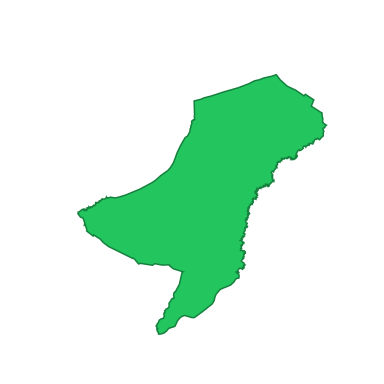 the district of San Martín, Corrientes, Argentina, rotated 26°
{"feature_id": "61730980B32526789553525", "entity_name": "San Martín", "entity_type": "district", "adm_level": 2, "iso_a3": "ARG", "parent_name": "Argentina", "parent_adm1": "Corrientes", "projection": "natural_earth1", "projection_center": [-56.886, -28.867], "detail": "fine", "context": "isolated", "style": "filled", "palette": "green", "viewbox_px": 384, "rotation_deg": 26, "n_neighbors": 0, "source": "geoboundaries", "source_scale": "gbopen_adm2", "svg_char_len": 6105}
<svg xmlns="http://www.w3.org/2000/svg" viewBox="0 0 384 384"><g transform="rotate(26 192 192)"><path d="M216.3,49.6L212.8,53.1L206.5,58.1L203.1,61.8L199.5,64.6L195.4,70.0L187.7,78.2L176.7,88.1L167.1,97.4L161.7,102.0L159.2,104.9L154.0,109.2L160.4,121.4L161.0,123.2L162.6,125.6L162.3,126.2L161.4,126.6L161.5,127.4L160.7,128.3L161.1,129.6L161.8,130.2L162.1,133.5L162.7,134.6L162.7,136.1L163.6,138.6L163.5,143.6L162.0,146.1L161.4,154.0L161.4,162.7L162.5,173.5L162.0,179.1L160.9,183.2L156.7,191.0L154.3,196.9L152.2,200.8L143.8,212.4L133.9,223.6L128.9,228.3L125.6,231.0L121.0,232.4L118.9,234.4L118.5,234.1L117.5,234.8L117.3,234.5L117.3,235.4L116.8,236.4L114.8,237.8L114.3,237.5L113.8,238.7L114.0,239.7L112.9,240.3L112.7,240.7L113.2,240.8L113.2,241.1L112.5,241.2L112.7,242.4L111.9,242.6L111.2,244.0L110.7,243.7L110.7,244.3L110.2,244.1L110.8,246.3L110.1,247.0L109.6,247.0L109.8,247.5L108.9,248.2L109.1,249.1L107.6,249.6L107.4,249.9L107.8,250.5L107.6,250.8L106.8,250.5L106.6,251.0L105.9,250.6L106.2,251.7L105.3,251.8L104.6,252.4L105.3,252.9L105.3,254.5L104.8,254.5L104.8,255.0L103.9,254.8L103.9,254.2L102.0,254.8L101.6,255.4L102.3,255.8L101.0,255.8L99.0,259.9L98.6,259.9L98.9,261.2L99.3,261.0L99.6,261.8L102.6,263.4L105.7,263.3L109.2,266.9L109.8,268.9L110.3,268.1L115.0,273.1L114.8,273.3L122.5,274.9L122.5,273.7L130.0,274.5L134.3,276.3L141.1,277.6L168.0,277.7L168.1,277.3L169.3,277.3L175.5,280.1L177.1,278.7L188.7,275.1L189.9,272.8L197.3,270.7L203.6,267.4L204.2,268.1L208.9,269.2L219.0,267.6L218.3,268.7L221.1,280.3L220.8,289.3L220.4,289.3L220.0,290.2L220.6,292.7L222.3,295.1L221.9,296.1L220.9,296.3L220.9,297.2L220.5,297.6L220.7,298.5L220.1,301.9L221.6,305.0L221.6,305.9L220.9,307.9L220.0,308.5L220.0,309.9L219.5,310.9L220.6,312.0L219.9,313.2L220.5,314.7L221.5,315.4L221.6,318.1L219.8,319.7L218.7,321.7L219.0,323.7L218.5,326.2L219.1,327.5L218.5,328.1L220.1,329.3L220.4,330.4L221.1,329.9L221.3,331.7L222.2,332.6L223.7,333.2L224.2,334.4L226.8,332.9L228.8,330.8L230.0,328.3L230.9,324.7L235.3,320.5L235.6,319.8L235.4,314.3L236.3,310.6L237.4,308.4L239.1,306.5L240.2,306.0L247.1,304.9L249.2,303.8L253.9,294.9L259.3,283.5L259.5,279.7L258.7,276.6L258.5,273.2L260.1,267.0L267.5,258.7L269.1,254.6L269.5,251.3L270.1,250.1L271.9,248.7L270.7,246.0L270.0,245.8L269.8,245.1L268.5,244.8L267.3,245.1L266.8,244.4L267.2,243.7L268.5,244.0L269.1,243.6L267.5,242.9L267.8,240.8L268.5,239.3L271.2,239.4L271.4,238.7L270.8,237.8L271.9,237.7L272.1,237.3L270.6,235.8L270.6,235.4L271.4,235.2L271.6,234.5L270.8,234.8L270.1,233.2L266.8,232.7L266.6,232.4L266.7,230.8L267.5,229.2L266.6,229.0L267.2,227.5L266.5,227.4L266.3,225.4L265.5,224.9L265.5,224.4L265.6,224.0L266.5,223.9L266.8,223.5L266.5,223.2L265.6,223.6L266.2,222.9L266.1,222.5L264.8,221.9L263.7,222.3L263.5,222.8L262.8,222.5L261.3,223.2L261.3,222.3L260.7,222.1L260.6,221.6L261.3,220.9L260.3,219.7L260.3,218.7L259.9,219.0L259.5,218.9L259.5,218.3L260.0,217.6L260.4,218.2L260.6,218.0L260.5,216.0L261.1,215.6L261.1,215.0L260.9,214.9L260.6,215.6L260.3,214.5L259.9,214.6L259.3,215.7L259.3,214.8L258.4,213.9L256.8,214.4L257.8,212.6L256.8,212.4L256.8,212.0L257.9,210.7L256.9,210.6L256.8,209.8L258.5,208.6L258.0,208.1L258.1,207.0L257.7,206.3L256.3,206.4L256.2,205.2L256.7,203.4L256.2,202.3L255.4,202.0L255.2,201.3L255.8,200.8L255.5,200.3L255.8,199.7L256.0,200.4L256.9,199.8L257.0,198.6L255.4,198.2L255.2,197.8L255.5,196.2L254.9,195.8L254.3,196.0L252.8,194.3L253.1,193.7L252.9,193.2L253.6,192.9L253.3,192.4L253.5,191.8L253.2,191.6L252.3,192.2L252.8,190.7L253.5,190.3L252.9,189.8L252.9,188.1L252.5,188.1L252.8,187.6L252.6,186.6L253.2,186.5L253.2,186.1L252.8,185.8L252.1,187.1L251.6,187.2L251.4,185.0L250.1,184.9L250.0,184.2L250.9,183.4L250.3,182.7L249.7,182.7L249.2,181.9L249.5,181.4L250.1,182.0L250.4,181.6L250.5,180.6L249.5,179.7L250.2,178.5L249.9,177.3L251.3,177.1L251.6,176.6L251.4,175.8L250.9,175.7L251.5,174.7L250.6,174.1L251.2,173.6L250.3,172.4L249.5,172.2L249.5,171.5L249.9,170.8L250.1,171.5L251.0,171.1L251.4,170.5L252.7,170.6L252.5,169.6L251.9,169.1L252.6,168.4L251.7,168.3L251.7,167.9L252.4,166.3L251.4,166.0L251.7,165.2L250.5,164.8L250.2,164.9L250.3,165.4L249.6,165.3L250.0,164.1L248.9,164.6L248.6,164.1L248.8,163.1L249.5,162.9L249.1,161.9L249.9,162.0L249.1,160.7L250.4,160.9L250.0,160.0L250.3,160.1L250.7,159.2L251.6,158.9L250.8,158.6L250.8,158.2L251.5,158.5L251.9,157.7L252.8,157.5L252.5,156.7L253.6,156.4L253.3,156.0L253.5,154.8L254.3,155.0L254.1,155.9L255.1,155.2L255.2,154.8L254.7,154.3L255.9,153.9L255.3,153.5L254.5,153.8L255.6,152.7L255.2,152.5L257.2,151.8L257.2,152.5L256.8,152.9L256.3,152.6L256.2,153.2L258.0,153.8L258.6,153.1L258.4,150.7L258.9,150.2L259.3,148.2L259.9,147.3L261.0,146.8L260.6,145.9L260.0,146.2L260.1,145.5L259.2,145.9L258.7,145.7L258.6,144.2L257.3,143.6L257.2,142.9L257.6,142.7L257.5,142.3L256.7,141.9L257.0,141.2L254.7,139.9L255.0,139.3L254.8,138.3L255.7,137.7L256.5,138.1L256.3,136.4L256.7,135.5L256.7,134.5L257.1,133.4L257.8,133.0L257.6,132.5L256.1,132.1L256.1,131.0L256.6,130.9L256.9,129.9L255.6,128.3L256.5,127.7L256.1,126.9L256.3,126.7L258.0,126.6L257.7,125.2L258.1,124.6L258.8,124.6L257.7,122.5L258.7,122.0L259.3,122.7L259.7,122.0L260.4,121.9L260.4,120.9L262.4,120.4L262.1,119.9L262.6,119.5L263.0,120.0L263.4,119.4L263.0,118.5L263.2,118.2L263.9,118.5L264.1,117.7L265.8,118.1L265.9,119.0L266.3,118.9L266.1,118.4L266.6,117.5L267.2,118.0L266.5,118.2L267.0,118.8L267.5,118.1L268.1,118.2L267.7,119.0L269.9,117.8L268.8,117.9L268.7,117.5L269.2,116.9L270.1,117.0L270.9,115.1L270.4,114.7L269.8,115.0L269.3,114.3L270.9,113.6L270.6,113.1L268.9,112.2L269.2,107.7L269.7,107.1L270.6,107.6L271.9,106.2L272.8,104.0L272.3,103.8L272.1,102.3L273.5,101.2L274.6,101.8L274.5,100.6L275.8,99.3L275.5,98.4L276.8,98.5L276.8,97.7L276.2,97.4L276.7,96.4L279.5,95.9L279.3,95.2L279.7,94.5L278.8,93.9L279.4,93.4L279.4,90.6L281.1,90.0L281.3,88.6L283.7,89.1L284.1,88.0L284.0,87.3L285.4,84.1L284.1,81.4L283.8,79.5L281.8,77.7L282.0,76.9L283.0,76.2L283.0,74.1L283.5,73.0L279.8,72.6L279.7,72.2L278.7,71.9L277.7,69.2L274.4,64.8L274.4,64.1L261.6,62.6L261.1,55.8L251.1,54.5L250.5,56.5L240.3,55.0L231.4,55.2L222.3,52.6L216.3,49.6Z" fill="#22c55e" stroke="#15803d" stroke-width="1.5"/></g></svg>